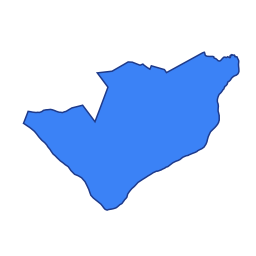 outline of Au Tabor, Anse-la-Raye, Saint Lucia, rotated 186°
{"feature_id": "8701671B26894832040288", "entity_name": "Au Tabor", "entity_type": "district", "adm_level": 2, "iso_a3": "LCA", "parent_name": "Saint Lucia", "parent_adm1": "Anse-la-Raye", "projection": "robinson", "projection_center": [-61.042, 13.946], "detail": "fine", "context": "isolated", "style": "filled", "palette": "blue", "viewbox_px": 256, "rotation_deg": 186, "n_neighbors": 0, "source": "geoboundaries", "source_scale": "gbopen_adm2", "svg_char_len": 3492}
<svg xmlns="http://www.w3.org/2000/svg" viewBox="0 0 256 256"><g transform="rotate(186 128 128)"><path d="M164.3,179.6L152.2,166.5L158.5,142.1L161.5,130.8L175.5,145.9L185.9,142.1L188.1,140.5L191.4,138.0L193.1,137.4L194.0,136.9L194.8,136.5L195.4,136.5L196.7,136.6L197.7,136.5L198.2,136.5L200.5,137.0L201.1,137.1L201.9,137.4L203.7,137.9L205.8,138.3L206.3,138.3L206.9,138.4L209.7,137.8L210.9,137.6L211.4,137.5L211.8,137.4L213.0,137.0L214.0,136.7L214.9,135.7L215.9,135.1L216.6,134.7L216.9,134.6L217.8,134.2L219.3,134.2L221.1,133.8L224.6,133.8L226.6,134.0L228.4,134.1L229.1,134.1L229.5,132.4L232.4,121.7L232.1,121.6L228.4,119.6L225.7,118.2L222.9,116.4L220.7,114.9L218.3,112.6L217.0,111.2L215.4,109.5L212.4,106.8L209.3,104.7L206.9,102.5L205.9,101.1L203.6,98.8L203.3,98.6L202.2,97.1L199.9,94.4L197.3,92.6L195.3,90.9L191.8,88.2L188.7,86.4L186.5,84.9L183.9,83.6L183.3,83.2L180.3,79.7L176.3,76.4L172.5,75.3L169.0,73.7L165.1,70.1L162.8,66.5L160.6,62.9L158.9,59.2L158.5,58.5L158.0,57.3L155.1,54.7L151.5,52.4L151.0,52.1L147.0,49.5L145.0,47.5L143.8,46.1L142.2,44.7L140.2,44.2L138.7,44.9L135.7,45.7L135.4,45.8L134.2,46.2L134.0,46.3L132.7,46.8L131.2,47.6L129.7,49.1L128.1,50.9L126.6,51.9L125.9,52.6L125.5,53.4L124.3,55.4L124.0,56.1L122.8,57.6L121.9,59.0L121.4,62.3L120.5,64.0L119.2,66.2L117.8,68.2L115.5,70.7L113.7,73.1L112.4,74.9L108.4,78.2L105.2,80.7L103.0,82.5L100.7,84.2L98.6,85.9L98.3,86.2L96.5,87.2L95.3,88.0L93.9,88.2L91.7,89.3L90.6,89.8L89.3,90.8L88.7,91.1L87.2,92.0L86.0,93.1L84.4,93.7L82.2,95.8L79.9,98.0L77.8,99.4L76.2,100.3L75.0,100.8L73.1,102.0L71.6,103.5L70.5,104.6L67.4,106.4L65.2,107.1L64.4,107.8L64.1,107.9L63.9,108.0L61.2,109.5L58.6,110.8L56.9,111.9L56.4,112.6L54.2,114.1L52.6,115.0L50.8,116.6L50.3,117.1L49.6,118.6L48.9,119.8L48.4,121.4L48.1,122.5L48.0,123.1L47.8,124.8L47.3,127.7L46.3,130.8L45.5,132.9L43.8,135.0L41.7,137.5L40.4,139.3L39.3,141.1L38.5,143.1L38.3,144.4L38.1,145.3L38.3,147.2L38.6,149.7L38.6,149.9L39.6,152.8L40.1,154.0L40.3,155.5L40.4,157.6L40.4,159.1L40.7,160.4L40.9,161.3L41.5,162.5L41.9,163.6L42.1,165.7L41.8,167.8L41.4,169.4L40.8,171.1L39.8,172.2L39.0,173.3L37.9,175.2L37.7,175.8L36.8,176.8L36.6,177.7L36.2,178.7L36.2,179.3L35.0,180.3L34.1,181.6L33.8,182.5L33.8,183.1L33.6,183.6L33.2,184.6L32.5,184.9L31.8,185.7L31.2,186.4L30.6,187.6L30.3,188.3L29.6,189.1L29.2,189.6L28.0,190.7L27.0,191.3L25.9,191.8L25.4,192.3L24.6,193.0L23.9,194.4L23.6,195.9L24.0,198.7L24.5,201.0L24.8,203.0L24.8,205.5L25.0,206.6L25.5,207.5L26.4,208.9L27.0,210.1L27.7,210.1L28.4,210.2L28.7,210.1L29.0,210.1L29.2,210.3L29.3,210.6L29.3,211.1L29.4,211.3L30.0,211.7L31.0,211.4L31.3,211.4L31.9,211.7L32.2,211.8L32.5,211.8L32.7,211.5L32.6,211.0L32.7,210.8L33.1,210.8L33.5,211.1L33.9,210.7L34.1,210.1L34.0,209.7L33.7,209.3L33.6,208.9L33.9,208.6L34.3,208.6L34.7,208.7L35.2,208.9L35.5,209.0L36.3,209.3L36.5,209.1L37.2,208.6L37.5,208.5L37.7,208.3L38.3,208.4L38.5,208.5L39.0,208.7L39.6,208.5L40.1,208.4L40.8,207.7L41.0,207.4L42.1,206.0L42.3,205.6L43.0,204.8L43.2,204.6L43.8,204.2L44.6,204.2L45.3,204.3L46.3,205.0L46.7,205.4L47.1,205.6L48.0,206.2L49.5,206.5L50.0,207.2L50.0,207.6L50.4,207.9L51.3,208.0L51.6,208.0L54.2,207.7L54.7,207.7L56.9,207.6L58.1,208.0L58.8,208.5L59.2,209.5L59.4,210.2L59.6,210.6L59.9,211.3L60.1,211.3L61.6,210.6L95.5,187.1L97.9,189.9L111.3,192.3L112.0,189.9L112.4,188.8L112.7,188.9L115.3,190.2L118.7,192.2L119.8,193.1L120.0,193.1L120.5,192.8L122.6,191.7L130.6,193.9L134.8,193.7L139.4,190.3L139.7,190.1L149.8,182.8L164.3,179.6Z" fill="#3b82f6" stroke="#1e3a8a" stroke-width="1.5"/></g></svg>